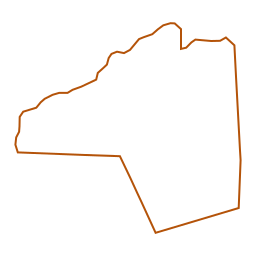 Lajes Pintadas, Rio Grande do Norte, Brazil
{"feature_id": "56859067B10591295929522", "entity_name": "Lajes Pintadas", "entity_type": "district", "adm_level": 2, "iso_a3": "BRA", "parent_name": "Brazil", "parent_adm1": "Rio Grande do Norte", "projection": "natural_earth1", "projection_center": [-36.154, -6.15], "detail": "fine", "context": "isolated", "style": "outline", "palette": "amber", "viewbox_px": 256, "rotation_deg": 0, "n_neighbors": 0, "source": "geoboundaries", "source_scale": "gbopen_adm2", "svg_char_len": 689}
<svg xmlns="http://www.w3.org/2000/svg" viewBox="0 0 256 256"><path d="M155.6,232.8L238.7,208.0L240.6,160.2L240.0,150.4L236.0,76.4L234.4,45.3L225.9,37.5L220.1,40.8L211.2,41.0L195.4,39.6L191.4,42.4L186.2,47.7L181.0,48.9L181.0,29.1L174.7,23.4L170.5,23.2L163.3,25.3L157.9,29.3L152.3,34.2L143.7,37.2L139.0,39.1L130.0,49.9L124.0,53.1L117.0,51.7L111.5,53.9L108.7,58.0L106.9,64.6L102.4,68.8L97.8,72.9L96.2,79.6L81.2,86.7L72.6,89.8L67.5,92.9L59.1,92.9L52.6,94.8L44.7,98.8L40.7,102.3L36.3,107.7L23.2,111.7L19.7,116.9L19.5,126.4L19.1,131.8L16.2,137.4L15.4,144.7L17.8,152.4L85.2,155.0L119.9,156.2L130.2,177.7L137.2,192.9L141.1,201.2L155.6,232.8Z" fill="none" stroke="#b45309" stroke-width="2"/></svg>